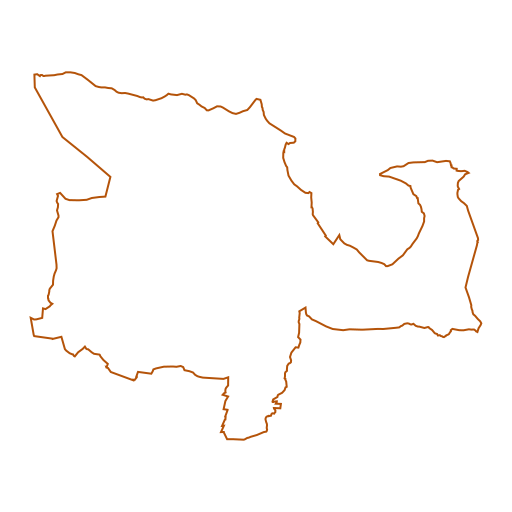 Cojumatlán de Régules, Michoacán, Mexico
{"feature_id": "50627088B52611553865920", "entity_name": "Cojumatlán de Régules", "entity_type": "district", "adm_level": 2, "iso_a3": "MEX", "parent_name": "Mexico", "parent_adm1": "Michoacán", "projection": "robinson", "projection_center": [-102.864, 20.109], "detail": "fine", "context": "isolated", "style": "outline", "palette": "amber", "viewbox_px": 512, "rotation_deg": 0, "n_neighbors": 0, "source": "geoboundaries", "source_scale": "gbopen_adm2", "svg_char_len": 5986}
<svg xmlns="http://www.w3.org/2000/svg" viewBox="0 0 512 512"><path d="M34.4,74.6L34.8,87.4L62.4,137.0L87.5,157.2L110.4,176.9L105.4,196.6L99.4,197.0L91.8,198.0L86.7,199.8L78.7,200.3L69.4,200.1L65.5,198.8L60.1,192.9L57.1,194.1L58.0,195.9L56.6,201.0L57.2,202.7L58.1,204.0L57.9,207.3L57.0,210.4L58.5,215.6L58.5,217.2L56.5,220.5L54.8,225.7L52.5,231.2L56.5,264.7L56.6,268.2L56.0,270.3L54.6,273.5L53.8,276.3L53.1,280.7L53.0,284.7L49.8,288.7L49.3,290.2L49.3,291.3L48.9,293.4L48.6,294.8L48.0,295.7L48.0,298.2L48.4,298.9L48.3,299.2L48.6,300.4L50.4,302.7L52.3,303.8L50.4,305.4L49.8,306.3L45.5,309.1L43.0,308.4L42.2,317.9L36.2,319.4L34.1,319.5L30.7,317.8L33.7,334.9L34.2,336.1L52.8,338.7L52.8,338.9L61.4,336.8L64.9,349.1L66.2,350.6L69.6,353.2L72.2,354.3L72.9,354.3L74.0,356.0L74.8,356.4L78.1,352.3L82.7,348.9L84.9,346.6L86.3,348.8L87.1,349.2L88.2,349.3L91.7,352.3L94.0,353.8L99.5,354.6L100.0,355.2L100.3,356.2L103.4,360.0L107.8,363.9L106.5,367.3L106.3,367.2L106.4,367.5L108.0,368.0L110.8,372.0L133.3,380.3L133.3,379.7L134.7,379.9L136.8,377.2L136.8,376.4L136.4,376.4L138.0,371.9L151.3,373.7L152.7,371.3L153.4,369.4L156.1,368.4L163.8,366.7L172.8,366.5L176.4,366.8L180.7,366.0L183.2,367.1L184.5,370.2L189.4,371.2L193.0,372.5L195.1,374.8L197.4,376.2L199.3,376.8L202.8,377.6L223.5,378.9L228.2,377.3L228.1,385.5L226.2,387.7L225.5,389.1L225.3,391.2L225.6,392.5L224.0,393.3L222.7,394.8L228.1,396.5L225.4,401.0L223.6,409.2L227.6,409.8L227.6,410.0L225.2,416.6L225.6,416.8L225.4,419.5L224.8,419.7L222.1,425.9L223.9,425.7L221.0,432.1L223.8,432.0L223.9,432.6L227.1,439.2L233.2,439.2L243.7,439.7L244.7,439.4L247.3,437.9L248.6,437.7L250.7,436.8L256.9,435.0L263.7,432.1L266.3,431.6L266.8,430.8L267.1,429.6L266.7,428.0L267.0,425.2L266.9,424.0L266.1,421.8L265.5,419.4L265.6,418.3L266.2,417.1L267.1,416.4L268.5,415.9L268.6,416.2L271.0,415.7L271.4,414.2L272.3,413.3L274.2,413.6L274.5,412.9L275.3,412.2L275.4,410.4L274.6,409.2L274.0,408.6L273.9,408.0L280.3,408.3L280.9,403.9L275.8,403.7L276.8,401.9L276.8,401.3L273.1,401.8L273.1,402.0L272.7,402.0L272.5,401.8L273.2,399.4L277.4,397.0L277.8,395.3L278.2,394.8L282.1,392.8L284.6,390.1L285.5,387.4L286.7,386.8L286.2,381.6L285.3,379.5L285.4,378.9L284.6,378.4L285.0,376.4L285.0,373.3L285.4,372.2L287.0,370.8L286.9,369.5L287.2,365.9L288.7,363.6L289.8,363.2L290.9,362.3L291.1,360.3L290.0,357.0L291.4,352.6L295.6,347.3L298.4,347.6L299.2,345.1L300.3,342.5L300.5,339.6L298.1,337.1L299.1,332.8L299.4,324.0L298.7,322.3L298.7,321.1L299.4,318.9L299.2,317.8L299.7,313.1L299.3,311.3L305.5,307.6L305.9,312.4L306.2,314.0L307.0,315.5L309.1,316.4L311.9,319.4L315.9,321.1L326.1,326.4L332.7,329.0L343.2,330.2L349.5,329.3L362.3,329.7L378.0,328.9L383.2,329.0L395.8,327.8L399.2,327.4L400.9,326.1L402.3,325.6L404.3,323.9L407.3,323.3L408.9,323.6L410.5,324.4L411.6,324.5L413.4,323.8L415.7,325.8L418.0,326.6L419.2,326.6L424.4,328.0L428.1,327.0L428.7,327.2L429.3,328.1L432.1,330.0L434.5,332.9L435.1,333.4L437.1,334.0L437.9,335.5L439.8,335.2L440.8,336.0L442.3,336.4L443.1,337.0L444.0,337.1L444.9,336.4L445.6,336.2L445.9,335.6L446.6,335.2L448.3,334.5L448.9,334.1L450.0,332.3L450.9,331.3L450.8,330.2L452.4,328.9L459.2,330.2L463.4,330.3L468.9,329.3L471.4,329.6L474.0,329.5L475.6,330.6L476.0,331.3L477.4,332.0L478.6,328.2L480.6,325.1L481.3,323.3L480.2,321.3L477.8,319.0L475.1,315.8L473.3,314.3L472.6,312.3L472.4,310.6L471.8,309.3L471.2,306.9L471.3,305.2L469.0,297.3L465.5,287.5L468.1,276.8L476.9,245.4L477.3,243.1L477.8,242.2L477.3,241.7L477.4,240.7L478.1,240.0L478.0,238.2L468.1,210.6L466.8,205.9L463.9,203.1L461.2,201.2L458.5,198.2L457.8,196.9L457.4,194.1L457.4,192.9L458.0,189.9L459.1,189.0L457.9,186.8L457.7,185.7L457.9,182.9L458.7,181.0L463.7,176.6L465.1,174.3L468.6,172.9L467.5,172.0L464.6,170.8L462.2,171.1L460.0,171.1L457.8,170.9L456.6,170.6L456.7,168.8L453.6,168.5L452.5,167.5L451.6,167.3L451.5,165.4L451.0,165.4L450.6,163.2L449.8,161.3L446.0,160.9L437.1,162.2L432.5,160.6L428.0,160.8L424.9,162.1L413.4,162.4L408.5,163.0L403.6,166.2L400.9,166.7L397.1,166.4L390.4,168.0L387.8,170.1L380.0,174.0L380.1,175.2L383.6,176.2L389.1,176.6L400.8,180.7L405.9,183.4L408.5,185.6L410.4,186.0L410.6,187.6L413.4,194.2L416.3,196.1L417.1,198.1L417.7,198.1L418.4,203.4L420.0,204.8L420.9,206.7L421.5,209.2L421.8,211.8L423.9,213.4L424.6,216.0L424.1,218.2L424.1,221.5L422.5,225.9L418.9,233.4L417.9,236.1L416.7,238.4L412.6,243.8L410.8,246.6L409.5,247.9L407.3,249.3L402.9,255.3L398.5,258.6L392.4,264.3L387.7,266.1L386.0,266.1L384.3,264.2L381.6,263.0L378.2,262.0L369.0,260.8L367.1,260.3L359.1,252.3L356.8,249.5L353.3,247.5L349.8,245.7L347.0,244.9L344.3,243.4L340.3,239.3L339.3,235.1L333.3,244.2L325.2,236.4L325.8,235.6L317.7,223.3L318.3,222.4L313.0,215.2L312.7,214.2L312.9,211.9L312.6,208.6L311.7,206.7L311.5,206.8L311.7,202.6L311.2,197.4L311.4,193.1L309.5,192.0L308.4,193.1L305.4,192.8L301.0,189.9L297.0,186.3L294.2,184.3L291.4,180.6L288.5,175.6L287.4,170.0L287.2,167.3L286.1,165.9L284.5,162.1L283.2,157.9L283.3,153.1L283.6,151.5L284.2,151.8L284.2,149.5L284.9,147.7L285.7,144.5L286.6,142.8L288.5,144.1L290.0,143.0L293.8,142.7L295.3,141.3L295.4,138.5L294.1,137.0L285.0,133.5L280.9,130.6L269.4,123.3L267.1,120.7L265.7,118.7L263.9,115.0L263.6,111.9L262.7,109.9L262.5,108.0L261.9,106.9L261.7,104.2L260.4,99.8L256.5,98.9L255.3,100.1L249.9,107.2L247.3,110.0L243.0,111.2L239.5,112.8L236.0,113.9L232.5,113.1L228.9,111.3L222.8,107.5L220.6,106.5L217.1,106.3L213.3,108.3L208.5,110.4L206.8,110.3L204.7,108.0L201.5,106.4L199.4,104.7L197.2,103.3L195.7,100.1L194.0,98.4L188.8,95.1L186.9,94.4L185.4,94.7L181.9,93.8L177.0,95.1L170.9,94.4L168.4,93.7L166.8,95.1L164.7,96.5L161.5,98.2L155.5,100.2L153.1,100.6L148.4,99.1L146.7,99.4L144.6,98.7L143.2,97.3L142.1,97.5L140.0,97.1L137.3,96.0L128.2,93.6L125.1,93.0L121.7,93.2L118.5,92.7L116.5,91.7L114.6,90.0L111.7,88.3L108.2,88.0L105.0,87.4L101.3,87.4L98.8,87.0L95.6,86.1L87.9,79.9L81.5,75.1L78.4,74.3L74.8,73.0L70.2,72.3L65.8,72.3L62.5,74.0L57.5,74.5L54.2,75.2L45.6,75.7L44.3,76.0L43.4,76.0L42.0,75.0L40.5,75.1L39.9,76.1L37.2,74.2L34.4,74.6Z" fill="none" stroke="#b45309" stroke-width="2"/></svg>